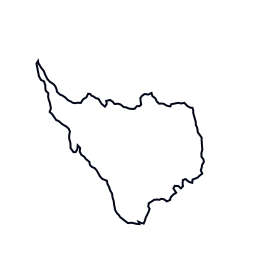 the district of Piên, Paraná, Brazil, rotated 339°
{"feature_id": "56859067B57864591645239", "entity_name": "Piên", "entity_type": "district", "adm_level": 2, "iso_a3": "BRA", "parent_name": "Brazil", "parent_adm1": "Paraná", "projection": "natural_earth1", "projection_center": [-49.461, -26.066], "detail": "fine", "context": "isolated", "style": "outline", "palette": "ink", "viewbox_px": 256, "rotation_deg": 339, "n_neighbors": 0, "source": "geoboundaries", "source_scale": "gbopen_adm2", "svg_char_len": 2303}
<svg xmlns="http://www.w3.org/2000/svg" viewBox="0 0 256 256"><g transform="rotate(339 128 128)"><path d="M176.8,121.3L175.3,123.0L173.6,122.1L171.5,120.3L170.2,118.4L168.4,117.3L165.7,116.4L164.4,113.6L164.2,110.2L162.2,106.8L162.5,103.7L159.2,104.1L155.5,102.2L152.1,103.2L150.2,104.6L149.2,108.1L148.7,110.9L146.7,111.7L144.1,110.8L141.2,112.4L139.2,111.9L136.1,110.4L133.7,108.1L131.6,107.0L129.5,103.4L127.6,101.8L124.1,100.8L123.0,97.8L121.4,95.5L117.4,94.9L116.8,97.9L114.1,99.8L112.0,95.9L110.9,90.2L108.8,88.7L107.1,86.2L105.6,84.8L104.9,82.7L103.1,81.7L100.2,84.4L96.2,85.2L92.9,87.7L90.2,86.4L87.6,85.9L85.6,84.8L84.3,83.0L81.9,80.5L80.2,76.7L78.1,73.9L76.4,72.3L74.7,68.8L75.2,65.8L75.0,62.6L74.1,60.3L71.5,56.6L70.3,53.5L69.8,48.6L69.8,44.7L68.6,41.0L67.6,35.5L68.0,33.2L65.6,35.1L63.4,47.9L64.0,51.9L66.3,54.4L66.1,58.6L65.0,61.4L64.6,63.8L66.1,67.0L64.6,70.2L64.2,72.8L64.1,76.3L63.1,82.0L60.6,84.9L62.1,87.7L63.9,95.1L65.6,96.4L67.8,100.5L69.6,102.9L71.0,104.6L72.4,107.4L72.5,110.5L70.1,114.4L69.2,117.4L68.9,121.3L67.2,126.2L68.5,131.1L70.6,131.7L73.3,129.4L74.8,126.2L76.2,129.5L74.5,132.7L74.8,136.2L76.8,139.1L77.6,142.0L79.8,145.8L79.2,149.0L80.4,151.5L82.5,153.5L83.5,156.2L84.1,160.1L84.6,163.5L85.8,166.4L87.7,168.1L89.4,169.7L88.8,172.7L89.2,176.3L89.0,180.0L89.6,183.5L88.6,187.7L88.5,191.0L87.6,194.4L87.1,197.2L86.6,200.1L87.2,203.8L88.2,205.8L88.8,208.5L91.4,212.8L93.9,216.8L96.8,217.5L99.1,218.8L101.7,220.6L104.2,221.8L104.2,219.3L106.3,221.4L108.4,222.8L110.8,220.3L112.6,217.8L114.3,216.4L117.0,213.8L119.2,211.2L118.8,208.5L120.4,205.7L124.1,205.0L126.6,204.4L129.5,205.2L131.6,206.3L133.7,206.0L136.2,207.6L137.9,210.4L141.3,210.3L143.2,207.9L146.6,206.3L149.8,205.7L149.2,202.9L148.7,200.7L151.0,198.8L154.2,200.3L155.8,203.3L158.5,202.0L159.0,199.6L160.6,196.3L163.5,196.3L164.7,198.8L166.4,200.8L168.3,202.2L169.8,199.3L172.3,199.3L175.0,199.3L177.6,198.2L181.0,197.2L180.8,193.6L182.6,191.4L183.9,189.1L186.7,186.8L187.2,184.5L186.3,181.3L187.4,178.0L189.7,174.7L190.5,171.8L191.3,169.2L192.4,165.7L193.3,163.4L192.5,160.2L191.6,157.1L192.2,154.9L192.7,152.1L192.4,149.7L193.5,146.0L193.9,141.0L194.3,137.3L195.2,135.1L195.4,132.3L193.2,131.1L191.1,128.4L189.7,124.8L186.1,124.0L183.9,122.5L176.8,121.3Z" fill="none" stroke="#020617" stroke-width="2"/></g></svg>